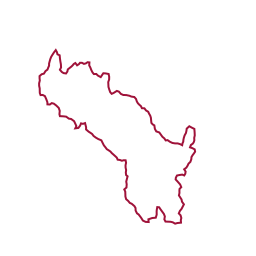 the district of Areias, São Paulo, Brazil, rotated 139°
{"feature_id": "56859067B47873164030304", "entity_name": "Areias", "entity_type": "district", "adm_level": 2, "iso_a3": "BRA", "parent_name": "Brazil", "parent_adm1": "São Paulo", "projection": "natural_earth1", "projection_center": [-44.716, -22.678], "detail": "fine", "context": "isolated", "style": "outline", "palette": "rose", "viewbox_px": 256, "rotation_deg": 139, "n_neighbors": 0, "source": "geoboundaries", "source_scale": "gbopen_adm2", "svg_char_len": 3125}
<svg xmlns="http://www.w3.org/2000/svg" viewBox="0 0 256 256"><g transform="rotate(139 128 128)"><path d="M150.1,21.8L148.5,23.9L146.8,25.1L145.6,27.6L145.7,30.2L143.2,31.4L140.7,31.8L135.9,33.7L135.6,37.0L134.5,38.9L133.8,43.7L131.8,45.2L130.4,46.9L129.1,48.2L126.6,48.4L125.7,51.2L125.7,55.3L125.8,57.9L124.5,59.1L122.2,60.0L119.9,58.7L117.6,57.2L116.7,55.3L114.8,55.9L113.1,57.3L112.7,60.0L110.0,59.8L107.7,60.5L105.7,61.4L103.2,61.5L100.7,62.9L99.2,64.4L97.1,65.1L95.2,65.5L92.9,66.1L91.7,68.1L92.6,70.5L93.9,72.7L91.7,73.9L89.2,73.7L87.6,74.2L86.0,75.2L84.5,77.1L82.5,78.6L80.5,81.1L78.5,83.8L79.5,86.1L80.6,89.1L84.1,89.0L85.8,87.5L87.6,86.2L90.1,85.3L92.4,83.9L94.1,82.6L95.3,81.4L96.9,80.7L98.4,79.5L99.3,81.7L100.7,83.9L102.5,85.4L104.3,87.6L105.4,90.1L106.1,92.9L107.7,93.9L107.4,96.3L107.8,98.8L107.6,100.9L107.3,104.1L108.9,106.9L108.3,109.7L106.4,112.7L107.0,114.5L107.0,116.5L105.6,118.5L104.0,120.7L103.1,122.8L102.7,125.0L102.1,127.0L102.9,129.5L102.7,132.1L104.5,133.8L103.9,136.0L104.2,138.2L104.3,140.2L103.9,142.3L102.9,144.6L102.9,147.2L104.9,149.6L105.7,151.3L107.7,154.0L109.9,156.0L111.0,158.4L111.0,161.4L112.1,163.3L115.9,163.9L117.9,164.5L117.9,166.8L116.9,169.3L115.8,171.8L114.3,173.7L112.8,175.6L110.4,177.0L108.6,179.0L107.2,181.5L109.1,183.9L110.7,185.5L112.7,185.0L115.2,184.3L116.3,187.2L116.5,189.6L118.4,191.1L118.3,193.3L117.7,195.7L116.7,198.5L116.2,200.7L114.1,202.8L115.4,204.2L117.4,204.4L119.2,205.3L119.9,207.3L121.4,208.7L123.2,208.4L125.3,208.7L125.1,211.6L127.0,211.9L128.6,211.6L130.2,211.5L132.7,211.6L135.0,211.7L136.7,210.4L139.0,209.8L140.6,211.7L141.2,213.7L141.2,216.6L138.8,217.6L136.8,220.2L135.5,222.4L133.9,224.9L131.9,227.7L132.9,229.9L131.9,231.8L131.4,234.2L134.3,233.6L137.1,232.8L139.3,232.1L141.4,231.0L143.4,229.7L145.3,228.4L146.7,226.8L148.4,226.0L150.5,224.9L152.8,225.1L155.8,224.2L157.9,225.2L160.7,225.2L162.3,223.3L163.4,221.7L165.7,220.1L167.4,218.1L168.6,215.9L171.6,212.3L172.4,210.2L170.7,208.9L169.8,206.6L170.7,203.6L171.9,200.4L173.3,198.7L171.6,197.0L169.2,196.8L168.0,195.0L167.4,192.1L167.1,188.6L168.3,185.7L170.7,183.4L171.6,181.6L169.1,179.2L167.2,177.1L166.5,173.9L165.0,172.1L164.2,168.5L165.0,165.7L165.7,163.3L168.0,162.3L165.4,160.6L162.6,161.2L160.4,162.3L159.3,160.7L157.2,159.9L159.1,156.1L160.6,154.4L160.1,151.0L159.5,149.0L159.0,147.0L159.2,144.6L158.6,141.9L157.7,139.2L156.2,136.2L157.0,133.1L157.6,130.7L157.7,128.0L157.9,126.0L157.3,124.1L156.7,121.8L156.7,119.6L156.4,117.5L156.1,115.0L155.9,113.0L156.6,110.9L155.1,109.2L154.1,107.3L152.4,106.5L151.0,105.2L152.3,103.0L154.3,101.5L155.8,99.7L157.0,97.5L158.9,95.8L160.3,93.7L160.0,91.8L161.8,90.6L164.5,88.7L165.9,86.4L168.2,84.1L171.1,84.1L171.8,81.8L173.4,79.8L174.9,78.0L176.1,75.5L175.7,72.9L175.8,70.3L174.9,68.4L174.4,64.8L174.8,62.7L176.4,60.7L177.2,57.7L176.7,55.8L177.0,51.5L177.5,48.4L176.3,45.6L174.1,43.5L172.5,45.7L168.8,44.2L165.9,42.1L163.2,43.8L161.0,46.4L159.7,47.6L157.8,49.1L156.5,47.7L156.8,45.5L157.3,39.6L158.2,37.1L160.5,35.2L161.1,32.8L157.4,29.3L156.1,27.5L155.2,24.9L153.1,23.9L150.1,21.8Z" fill="none" stroke="#9f1239" stroke-width="2"/></g></svg>